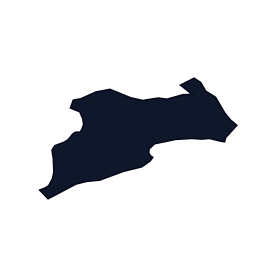 the border of Kobarid, rotated 161°
{"feature_id": "SVN-1029", "entity_name": "Kobarid", "entity_type": "Municipality", "adm_level": 1, "iso_a3": "SVN", "parent_name": "Slovenia", "parent_adm1": "", "projection": "natural_earth1", "projection_center": [13.548, 46.244], "detail": "fine", "context": "isolated", "style": "filled", "palette": "ink", "viewbox_px": 256, "rotation_deg": 161, "n_neighbors": 0, "source": "natural_earth", "source_scale": "10m", "svg_char_len": 839}
<svg xmlns="http://www.w3.org/2000/svg" viewBox="0 0 256 256"><g transform="rotate(161 128 128)"><path d="M49.2,153.6L44.5,147.4L42.5,137.6L35.2,128.6L31.6,110.7L28.5,102.2L24.2,95.1L38.8,87.1L41.2,83.5L45.8,86.0L54.2,91.5L61.9,93.5L71.0,97.3L86.7,101.7L108.0,104.4L114.8,101.4L116.4,98.0L116.0,94.7L114.1,92.2L117.6,89.7L127.5,86.8L146.7,88.5L171.9,87.9L184.2,90.9L195.4,91.9L226.6,87.1L231.8,98.1L226.2,98.3L221.8,99.3L216.3,104.3L212.5,110.4L208.6,123.4L207.1,131.8L203.1,135.1L193.1,135.4L188.7,136.3L182.4,140.2L179.9,141.1L177.6,140.8L174.6,139.6L171.8,142.0L168.8,145.8L167.7,151.9L168.2,156.2L168.2,158.9L176.0,165.6L170.8,172.1L170.7,172.2L163.2,171.0L146.7,172.5L132.5,170.5L115.7,155.8L105.2,149.3L89.6,146.5L81.8,142.6L65.0,141.6L56.4,138.9L64.5,151.5L49.2,153.6Z" fill="#0f172a" stroke="#020617" stroke-width="1.5"/></g></svg>